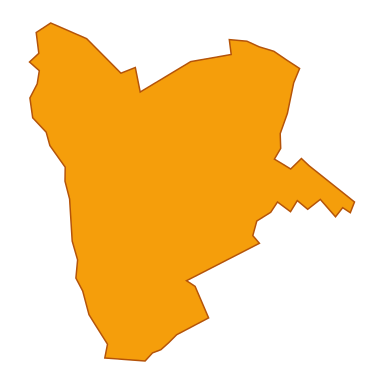 Pinhal, Rio Grande do Sul, Brazil
{"feature_id": "56859067B67721139652283", "entity_name": "Pinhal", "entity_type": "district", "adm_level": 2, "iso_a3": "BRA", "parent_name": "Brazil", "parent_adm1": "Rio Grande do Sul", "projection": "orthographic", "projection_center": [-53.229, -27.534], "detail": "fine", "context": "isolated", "style": "filled", "palette": "amber", "viewbox_px": 384, "rotation_deg": 0, "n_neighbors": 0, "source": "geoboundaries", "source_scale": "gbopen_adm2", "svg_char_len": 846}
<svg xmlns="http://www.w3.org/2000/svg" viewBox="0 0 384 384"><path d="M50.7,23.0L36.2,32.5L38.8,53.3L29.5,62.0L39.3,70.7L37.2,83.9L29.9,98.0L32.7,117.8L46.2,132.2L49.9,145.6L65.2,167.2L65.0,181.2L69.6,199.0L72.2,241.1L77.6,259.9L75.9,278.1L82.7,291.0L89.0,314.7L95.4,325.0L107.5,344.2L104.8,358.0L145.1,361.0L152.5,352.9L160.9,349.7L168.6,342.8L176.7,334.7L208.6,317.9L195.1,286.4L186.5,280.7L259.4,243.3L252.8,235.6L256.8,221.0L270.7,212.3L277.5,202.0L290.5,211.7L297.3,200.6L307.7,209.3L320.3,199.4L335.5,216.8L342.7,207.7L350.3,212.7L354.5,202.0L308.9,165.6L301.4,158.5L290.7,169.0L274.4,159.1L280.7,148.4L280.2,133.6L287.4,113.4L293.7,82.8L299.6,68.5L286.0,59.6L273.9,51.3L259.1,46.8L246.9,41.2L229.3,39.6L231.2,54.5L190.7,61.6L140.2,92.0L135.3,67.5L120.9,73.2L86.7,38.7L50.7,23.0Z" fill="#f59e0b" stroke="#b45309" stroke-width="1.5"/></svg>